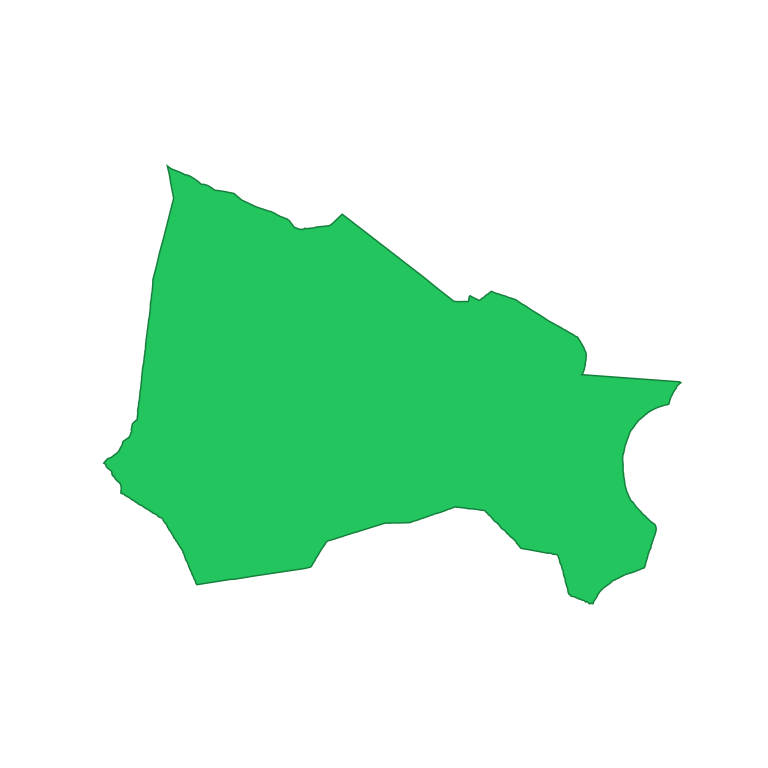 Koumpentoum, Tambacounda, Senegal, rotated 258°
{"feature_id": "50182788B60464160168835", "entity_name": "Koumpentoum", "entity_type": "district", "adm_level": 2, "iso_a3": "SEN", "parent_name": "Senegal", "parent_adm1": "Tambacounda", "projection": "orthographic", "projection_center": [-14.431, 14.084], "detail": "fine", "context": "isolated", "style": "filled", "palette": "green", "viewbox_px": 768, "rotation_deg": 258, "n_neighbors": 0, "source": "geoboundaries", "source_scale": "gbopen_adm2", "svg_char_len": 6157}
<svg xmlns="http://www.w3.org/2000/svg" viewBox="0 0 768 768"><g transform="rotate(258 384 384)"><path d="M642.3,217.4L633.3,217.6L624.1,217.1L609.4,216.9L572.3,198.6L560.0,192.2L547.0,186.1L533.8,179.5L532.3,179.3L523.0,176.6L518.9,174.9L516.5,174.4L512.5,172.7L509.5,171.8L508.4,171.7L499.7,168.9L496.6,167.7L495.6,167.0L494.2,166.7L487.6,164.5L485.4,163.5L483.0,162.9L480.9,162.0L478.6,161.3L476.4,160.3L474.8,160.1L473.0,159.3L466.7,157.6L465.5,156.8L464.1,156.7L461.9,155.7L454.5,153.3L451.7,151.9L450.7,151.8L449.6,151.1L446.1,150.2L444.9,149.5L443.0,149.2L442.3,148.8L440.3,148.1L438.3,147.8L436.0,146.8L431.3,145.5L429.3,144.8L428.2,144.1L423.4,142.8L421.1,141.8L419.6,141.6L418.3,140.9L415.9,139.9L414.3,139.6L409.8,137.7L408.5,137.3L407.0,137.2L402.2,135.6L400.8,135.4L400.3,135.1L399.9,133.7L399.6,133.4L398.9,131.9L397.4,129.7L396.2,129.2L395.4,128.7L394.7,128.6L391.7,127.2L389.8,127.3L388.5,126.0L386.9,125.4L384.7,123.2L382.1,116.8L380.5,115.9L378.7,115.2L375.8,112.4L374.1,111.3L373.5,110.3L372.8,109.8L372.2,108.8L369.0,102.1L368.6,100.8L368.6,99.0L368.4,98.3L367.8,97.2L364.9,93.4L363.5,94.9L362.5,95.1L360.9,95.2L358.6,96.6L356.2,98.8L354.2,99.6L353.0,99.1L352.4,99.3L351.7,99.2L350.8,99.6L350.6,100.2L349.7,100.2L349.1,101.0L347.7,101.2L346.2,101.9L343.1,104.0L342.4,104.9L338.9,105.6L336.2,105.2L333.0,104.1L332.0,104.0L331.6,104.4L330.6,106.2L330.0,106.9L328.7,107.7L327.0,109.9L325.5,111.5L324.8,112.2L323.6,112.9L322.0,115.1L320.9,115.8L318.9,117.9L317.8,118.7L316.4,120.2L315.3,122.0L312.6,124.2L310.9,126.4L308.4,128.9L307.7,129.2L307.3,130.2L306.1,130.8L304.4,133.2L303.3,134.4L302.2,135.3L301.2,135.6L300.5,136.5L298.9,139.1L298.0,139.7L296.9,139.6L294.8,140.3L291.9,142.0L288.5,142.7L287.5,143.2L286.2,143.4L284.5,144.4L278.7,146.3L277.0,146.6L275.7,147.7L274.2,147.8L271.8,149.1L270.8,149.1L269.6,149.8L266.9,150.6L264.8,151.6L262.4,152.4L260.9,152.3L260.1,152.8L252.8,153.6L251.7,154.2L247.7,155.1L246.7,154.9L244.8,155.4L243.2,155.6L239.6,156.6L238.1,156.6L235.2,157.4L232.1,157.9L230.3,158.6L228.5,158.5L227.9,158.8L226.9,159.0L226.6,159.4L224.8,193.1L224.1,197.7L223.0,220.2L220.0,268.5L220.2,274.1L221.0,275.3L222.8,276.8L226.0,280.0L227.5,281.1L228.9,282.6L234.7,287.9L239.9,293.4L240.8,293.9L241.9,295.5L242.3,297.5L242.7,303.6L243.2,307.8L243.5,312.5L243.8,313.1L243.9,314.6L244.9,324.8L244.9,327.5L245.2,329.1L247.6,355.0L247.6,356.9L246.9,359.5L246.2,364.3L245.1,368.9L243.0,380.6L243.7,384.8L243.9,388.9L244.2,390.0L244.3,391.4L244.6,392.3L244.7,394.7L244.9,395.4L244.8,396.6L245.2,397.6L245.2,399.4L245.8,401.6L245.9,404.5L246.5,406.8L246.4,409.2L246.7,411.0L246.7,412.9L247.0,413.9L247.5,418.2L248.2,420.8L248.1,422.5L248.6,425.4L249.0,426.5L248.7,428.7L245.9,437.3L244.5,440.5L243.2,445.3L241.3,450.7L240.7,451.8L239.3,456.3L237.5,457.0L236.6,458.2L234.4,458.8L232.9,460.5L226.9,463.5L224.3,466.0L221.0,467.8L218.3,468.9L215.5,471.8L212.4,473.2L210.7,474.7L208.1,476.0L206.9,477.3L202.6,480.2L201.1,480.5L197.0,482.7L195.1,483.5L194.3,484.8L191.9,491.1L184.3,509.3L184.2,510.9L183.7,512.2L182.5,513.6L181.1,518.0L179.5,518.5L176.1,519.0L172.6,519.0L168.8,519.9L165.6,519.8L164.0,520.4L161.5,520.0L158.7,520.1L155.6,520.7L153.4,520.3L148.4,520.7L145.6,521.1L141.9,520.8L139.9,521.2L139.1,522.3L137.6,522.8L136.1,526.3L135.1,527.3L134.2,528.9L133.1,529.9L133.2,530.6L131.3,533.0L130.8,534.8L128.9,535.8L129.0,537.3L126.2,539.4L126.5,541.1L125.7,542.3L125.7,542.9L127.6,543.9L132.0,548.4L133.5,549.1L134.4,550.4L136.0,551.9L138.9,556.3L141.7,562.9L144.1,567.1L144.4,569.5L144.9,570.6L145.4,573.3L146.3,576.0L146.4,577.1L146.8,578.0L147.5,580.9L148.1,589.1L148.3,590.2L148.7,591.0L148.7,592.8L149.0,593.5L149.3,596.1L149.7,597.1L150.0,600.2L151.1,601.2L152.3,601.7L153.2,602.3L155.1,603.1L159.3,605.5L161.6,606.5L166.2,609.3L167.6,610.6L169.1,611.3L170.7,611.8L172.0,612.9L173.6,613.4L174.2,614.1L175.4,614.6L179.6,617.3L180.0,617.4L181.3,618.3L182.5,618.7L183.1,619.3L184.5,619.6L185.4,620.1L187.8,620.3L190.2,619.8L192.8,617.5L193.2,617.0L195.8,615.0L197.1,614.3L198.6,613.1L200.4,612.3L202.1,610.7L204.3,609.3L205.7,608.7L210.8,605.4L216.6,602.9L218.8,601.2L219.8,600.9L221.1,600.8L222.5,600.3L228.5,599.1L232.7,598.9L233.5,598.7L237.3,598.9L238.8,599.2L239.4,599.0L240.4,599.2L244.9,599.3L246.0,599.7L249.4,599.8L255.9,601.2L259.4,601.5L264.6,602.7L265.1,603.2L267.6,604.5L272.9,606.7L277.3,609.4L279.1,610.4L281.3,612.0L282.6,612.6L285.8,614.7L287.3,615.9L288.1,617.0L290.4,619.8L293.1,622.4L293.9,623.8L295.4,625.2L295.7,626.0L297.7,629.8L299.0,632.3L299.9,633.4L300.1,634.6L300.9,635.7L302.3,639.3L303.4,643.2L304.3,647.5L304.7,652.5L305.1,654.3L304.8,656.8L305.1,658.4L306.3,659.2L308.0,659.8L311.8,662.1L313.5,663.7L315.4,665.0L316.6,666.3L317.3,666.8L319.3,669.1L320.9,670.0L322.6,672.6L323.5,674.6L324.6,673.8L352.0,579.4L352.9,580.5L354.7,581.7L357.2,583.2L358.5,583.6L360.6,584.8L363.1,585.4L365.6,586.6L370.6,587.9L373.3,588.0L374.3,587.6L378.4,586.9L383.4,585.3L386.6,584.2L387.3,583.8L388.6,583.6L390.1,582.6L390.7,581.3L392.7,579.7L395.8,575.9L396.9,574.9L397.5,574.0L398.8,572.9L399.9,571.2L401.6,569.6L407.6,562.6L408.7,561.5L411.4,558.2L418.1,551.7L425.7,543.6L431.0,538.6L433.3,535.9L437.8,531.5L438.6,531.0L441.5,526.3L442.3,524.5L444.8,520.9L446.5,517.6L448.1,515.1L448.9,513.4L450.9,510.0L451.6,509.4L452.3,508.3L452.2,507.8L450.3,504.2L449.8,502.6L448.6,500.5L448.0,499.9L447.6,498.1L446.8,496.7L445.9,494.6L449.8,489.5L452.4,486.5L452.3,486.2L451.4,485.4L447.5,483.9L447.2,483.2L447.4,481.8L448.1,479.7L448.3,477.6L449.4,472.5L450.3,469.6L465.8,456.6L479.5,445.6L558.8,378.4L551.4,366.5L550.2,363.5L551.5,350.7L551.3,346.7L551.6,345.7L551.4,344.8L551.9,343.5L551.8,342.7L552.1,340.4L552.8,338.7L552.3,338.1L552.1,336.2L552.5,335.4L552.7,334.0L553.4,332.7L556.0,328.8L563.0,325.5L564.1,324.9L564.8,323.9L566.0,323.2L566.7,321.3L567.9,320.1L569.1,317.7L570.4,316.4L571.6,314.7L573.0,313.4L576.2,309.3L577.0,307.4L584.0,295.5L593.5,283.1L601.6,276.8L605.7,267.4L609.0,258.3L610.2,257.5L612.6,255.3L614.9,252.7L616.8,249.2L617.2,246.9L621.1,244.0L625.4,239.9L628.1,236.9L629.4,234.6L630.1,232.8L632.3,230.2L638.8,220.5L642.3,217.4Z" fill="#22c55e" stroke="#15803d" stroke-width="1.5"/></g></svg>